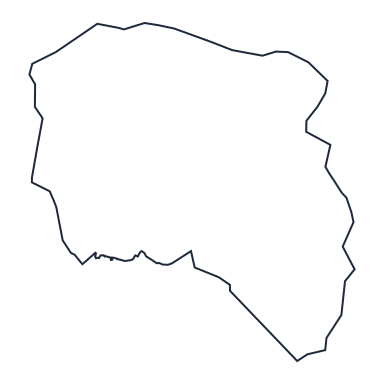 Irewole, Osun, Nigeria
{"feature_id": "59680162B22633527707210", "entity_name": "Irewole", "entity_type": "district", "adm_level": 2, "iso_a3": "NGA", "parent_name": "Nigeria", "parent_adm1": "Osun", "projection": "orthographic", "projection_center": [4.216, 7.398], "detail": "fine", "context": "isolated", "style": "outline", "palette": "slate", "viewbox_px": 384, "rotation_deg": 0, "n_neighbors": 0, "source": "geoboundaries", "source_scale": "gbopen_adm2", "svg_char_len": 1285}
<svg xmlns="http://www.w3.org/2000/svg" viewBox="0 0 384 384"><path d="M297.2,361.0L307.4,354.3L325.2,350.1L326.5,337.9L341.4,315.0L343.3,297.2L345.0,281.2L354.6,269.3L342.7,246.6L353.5,222.2L351.4,212.3L346.5,197.8L341.8,192.8L335.1,182.3L329.1,173.2L325.4,166.8L330.4,144.9L306.2,131.8L306.4,120.8L317.5,106.7L325.3,93.3L327.6,81.0L308.4,62.3L288.0,52.1L275.8,51.6L262.5,55.7L232.1,50.1L210.5,41.7L174.1,28.5L158.3,25.2L144.6,23.0L123.9,29.4L118.3,27.8L97.3,23.8L55.8,52.1L32.3,63.8L29.4,74.5L35.1,84.3L34.9,106.9L42.6,118.3L36.7,150.5L35.1,159.7L31.9,177.9L31.9,182.4L49.7,191.3L53.6,200.2L56.3,207.2L62.7,240.4L70.9,252.9L74.7,254.8L82.4,264.2L95.4,252.8L96.0,253.4L95.1,256.7L96.1,258.3L97.4,257.7L99.0,258.1L100.5,255.4L101.0,255.2L102.2,255.5L103.7,255.2L104.7,256.5L105.6,256.1L108.1,257.0L110.0,257.3L110.9,259.2L111.0,260.0L112.3,259.7L112.0,258.3L112.1,257.5L114.9,258.0L117.4,258.8L117.4,259.2L121.3,259.9L121.9,260.2L125.0,261.0L131.4,260.0L133.1,259.0L134.0,257.4L135.3,255.4L137.8,256.5L138.0,256.4L138.1,255.8L139.8,252.7L141.4,251.1L142.5,251.7L144.3,252.9L146.1,256.3L151.8,259.9L156.8,263.3L159.0,262.9L162.5,264.5L167.9,264.8L171.9,263.4L191.0,251.1L194.7,267.5L218.9,277.3L229.9,284.9L230.0,290.8L297.2,361.0Z" fill="none" stroke="#1e293b" stroke-width="2"/></svg>